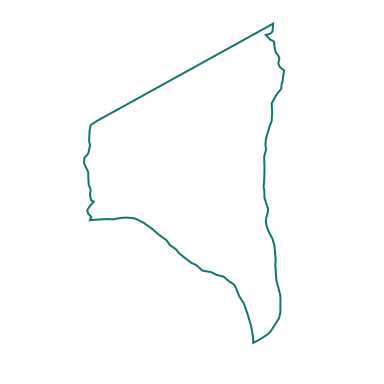 Itacuruba, Pernambuco, Brazil, rotated 353°
{"feature_id": "56859067B97519106704715", "entity_name": "Itacuruba", "entity_type": "district", "adm_level": 2, "iso_a3": "BRA", "parent_name": "Brazil", "parent_adm1": "Pernambuco", "projection": "natural_earth1", "projection_center": [-38.723, -8.77], "detail": "fine", "context": "isolated", "style": "outline", "palette": "teal", "viewbox_px": 384, "rotation_deg": 353, "n_neighbors": 0, "source": "geoboundaries", "source_scale": "gbopen_adm2", "svg_char_len": 1410}
<svg xmlns="http://www.w3.org/2000/svg" viewBox="0 0 384 384"><g transform="rotate(353 192 192)"><path d="M87.3,207.5L90.4,207.6L93.1,207.8L104.2,208.5L110.3,209.5L117.4,209.1L123.0,209.3L131.1,210.9L134.1,212.5L140.5,216.9L148.8,224.6L151.9,228.3L154.9,231.3L160.7,236.6L163.7,242.2L169.0,246.8L171.8,251.3L176.5,256.2L182.7,262.2L187.3,265.0L192.6,271.2L201.3,273.9L205.8,277.0L213.1,279.9L218.2,285.5L220.7,287.3L222.7,289.5L224.0,292.9L226.4,301.8L229.9,309.0L232.4,320.7L234.4,332.5L234.9,343.7L234.4,349.2L240.5,347.0L249.5,342.6L252.8,340.2L263.0,327.9L265.0,322.4L266.8,308.7L267.0,304.5L265.0,289.8L265.7,275.5L266.8,269.0L267.3,255.2L266.1,248.0L263.1,240.2L262.0,235.2L261.6,230.8L262.6,226.6L264.7,221.7L265.4,218.2L263.2,206.5L263.9,200.0L263.7,195.6L264.6,191.8L266.5,180.4L268.0,165.5L270.6,159.2L270.7,154.1L271.7,148.6L277.4,135.4L279.7,131.4L280.8,125.6L281.3,122.5L281.5,119.2L281.9,113.7L287.8,105.6L293.2,100.3L294.1,95.8L295.6,92.5L296.5,88.2L298.2,82.7L294.3,78.5L293.3,75.1L295.0,69.9L294.1,66.9L292.1,63.3L291.6,58.5L291.8,52.7L288.0,50.1L284.4,45.1L289.3,44.3L291.5,42.4L293.0,34.8L223.9,62.6L188.6,76.8L106.2,109.9L99.5,113.2L97.8,118.7L96.1,128.6L96.5,133.2L93.8,141.1L89.3,145.1L88.3,150.4L91.4,159.5L90.6,167.9L90.4,172.4L91.7,177.4L90.4,182.2L90.8,187.8L93.4,189.6L89.1,193.3L85.8,197.4L86.3,200.9L89.0,204.3L87.3,207.5Z" fill="none" stroke="#0f766e" stroke-width="2"/></g></svg>